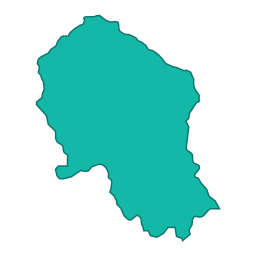 outline of Córdoba
{"feature_id": "ESP-5817", "entity_name": "Córdoba", "entity_type": "Autonomous Community", "adm_level": 1, "iso_a3": "ESP", "parent_name": "Spain", "parent_adm1": "", "projection": "orthographic", "projection_center": [-4.923, 37.957], "detail": "fine", "context": "isolated", "style": "filled", "palette": "teal", "viewbox_px": 256, "rotation_deg": 0, "n_neighbors": 0, "source": "natural_earth", "source_scale": "10m", "svg_char_len": 2758}
<svg xmlns="http://www.w3.org/2000/svg" viewBox="0 0 256 256"><path d="M219.5,208.8L210.7,208.7L208.7,209.8L203.7,215.5L201.7,216.8L199.6,217.1L195.3,216.3L194.4,216.6L193.5,217.6L192.3,220.0L192.1,224.5L189.1,229.8L190.1,234.3L182.6,240.6L181.9,238.3L176.5,236.4L175.1,227.4L168.0,227.4L163.8,233.1L157.0,237.2L150.4,235.7L148.3,230.8L143.7,230.7L143.2,227.5L141.7,224.4L140.9,218.3L139.2,216.3L137.0,215.2L130.9,220.0L128.5,219.8L124.1,215.8L120.8,208.1L116.8,204.1L116.5,200.5L114.0,195.8L109.9,192.1L110.8,189.5L111.8,182.8L111.3,180.0L110.7,179.2L109.2,178.4L108.6,177.7L108.3,176.5L108.6,174.5L108.6,173.4L107.3,170.0L105.5,167.2L103.2,165.2L100.3,164.2L97.4,164.6L91.3,167.1L89.2,170.2L88.4,170.8L85.8,171.3L82.6,171.0L81.3,170.2L71.4,176.7L63.5,178.8L59.4,178.6L57.0,175.7L55.5,169.4L58.3,166.0L67.4,166.0L67.6,154.9L64.8,153.1L64.0,152.2L63.4,150.3L63.1,146.6L61.9,144.9L58.0,142.6L56.7,141.2L55.7,138.6L55.6,132.4L54.8,130.4L48.3,124.4L46.3,115.4L36.5,104.7L36.6,101.9L41.6,97.9L42.2,97.2L42.1,96.3L42.2,95.2L42.6,93.2L42.9,92.1L43.8,91.1L44.1,89.1L44.1,88.0L44.0,86.9L43.9,85.9L43.6,84.8L43.6,83.7L43.6,82.7L43.5,82.1L42.4,80.0L42.1,79.2L41.7,78.5L41.4,77.8L41.0,76.1L40.7,75.4L40.4,74.7L39.8,74.2L39.3,73.6L38.8,73.1L38.4,72.5L38.4,71.8L38.7,70.3L38.9,69.5L39.2,68.0L39.3,67.2L39.2,66.5L38.9,65.8L37.9,64.6L37.5,64.0L37.4,63.2L37.5,62.5L38.3,59.4L39.1,58.4L40.6,57.2L45.7,54.4L47.6,53.7L48.5,53.1L49.6,51.1L50.3,50.2L52.0,48.6L55.5,46.3L56.4,45.0L56.9,44.0L57.0,43.1L57.3,42.3L57.7,41.4L58.4,40.6L59.5,39.0L60.1,38.2L62.1,36.4L63.6,36.1L65.9,36.1L67.3,36.4L67.9,36.4L68.5,36.2L68.8,35.5L68.9,34.8L69.2,34.2L69.5,33.6L70.0,33.0L70.6,32.2L74.3,29.1L79.6,25.5L82.9,24.4L83.4,23.7L83.6,22.9L84.0,22.0L84.5,20.4L84.2,19.3L83.8,18.3L84.1,17.5L85.4,16.9L94.4,16.7L96.3,15.8L99.4,15.4L105.9,20.3L109.7,21.9L112.2,22.0L113.5,21.7L116.9,21.7L118.0,22.3L118.4,23.3L118.7,25.6L118.7,26.7L118.9,29.0L119.4,30.4L120.8,32.0L123.1,33.5L124.8,34.2L126.3,34.5L128.5,34.5L129.9,35.0L134.6,37.1L136.1,38.1L137.0,39.2L137.4,40.1L139.5,41.4L141.5,42.1L145.6,45.3L146.6,46.6L147.2,47.8L148.1,49.2L149.0,49.8L150.1,50.2L151.1,50.2L152.7,50.6L154.1,51.8L155.8,52.6L158.8,55.2L162.1,58.6L164.3,61.9L165.4,63.1L166.6,63.9L171.6,66.2L174.6,67.2L176.2,67.4L183.6,70.5L184.9,70.6L186.6,70.3L190.3,72.0L190.6,72.2L193.7,79.3L193.6,84.1L194.2,87.2L195.6,90.2L199.1,95.1L199.1,101.5L196.3,102.9L189.8,112.7L189.3,114.0L188.8,117.9L188.3,118.8L185.9,121.1L188.7,127.0L186.2,147.9L186.7,149.6L187.9,151.0L190.8,152.7L192.4,154.6L192.7,160.6L193.7,163.1L197.6,164.6L199.2,165.8L199.4,168.4L198.5,170.0L195.0,174.1L194.6,176.2L195.5,177.2L198.2,178.2L201.2,183.3L206.6,189.1L208.5,194.8L209.4,196.6L215.1,200.9L219.5,208.8Z" fill="#14b8a6" stroke="#0f766e" stroke-width="1.5"/></svg>